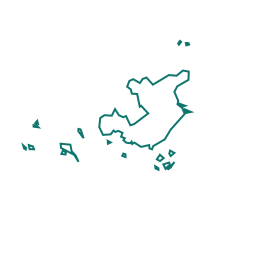 the district of Basilan, Basilan, Philippines, rotated 326°
{"feature_id": "2640588B29921835743372", "entity_name": "Basilan", "entity_type": "district", "adm_level": 2, "iso_a3": "PHL", "parent_name": "Philippines", "parent_adm1": "Basilan", "projection": "orthographic", "projection_center": [121.96, 6.593], "detail": "medium", "context": "isolated", "style": "outline", "palette": "teal", "viewbox_px": 256, "rotation_deg": 326, "n_neighbors": 0, "source": "geoboundaries", "source_scale": "gbopen_adm2", "svg_char_len": 1898}
<svg xmlns="http://www.w3.org/2000/svg" viewBox="0 0 256 256"><g transform="rotate(326 128 128)"><path d="M127.8,105.1L121.4,108.7L115.6,104.2L110.6,104.2L104.7,111.1L103.4,119.7L110.1,123.6L114.6,122.0L115.3,124.2L118.3,124.9L120.7,128.9L117.4,131.4L119.6,134.7L117.4,135.5L118.3,139.1L121.4,141.9L123.3,141.3L122.6,143.6L125.1,143.6L128.3,151.0L136.0,154.0L134.4,156.9L136.0,159.1L138.7,157.1L152.1,158.0L162.5,153.2L182.9,148.0L184.2,141.6L182.3,136.0L184.8,133.7L186.7,123.9L192.2,121.0L205.1,121.9L209.9,115.2L205.7,111.1L197.5,111.8L191.5,107.0L172.9,106.0L171.5,96.5L167.5,95.5L163.0,97.4L159.6,90.4L155.4,89.8L150.4,93.3L151.9,97.5L150.4,101.7L154.6,104.9L149.7,116.9L151.3,116.9L152.9,127.2L135.4,128.2L131.5,127.1L133.0,117.0L130.1,116.4L127.6,112.4L127.8,105.1ZM63.4,103.4L61.3,107.1L68.4,120.2L68.1,128.4L69.2,121.5L68.3,115.7L70.9,109.6L63.4,103.4ZM137.0,177.9L136.3,182.9L140.3,182.0L140.8,184.3L137.7,183.4L138.5,184.7L140.9,184.6L147.5,182.2L141.7,183.5L142.8,179.7L137.0,177.9ZM139.5,168.0L134.4,170.1L136.1,173.3L140.7,172.9L139.5,168.0ZM86.4,101.1L85.0,103.0L85.5,111.6L87.9,102.7L86.4,101.1ZM36.2,86.7L34.6,90.5L38.2,93.1L38.9,90.2L36.2,86.7ZM61.9,109.9L58.3,112.3L61.4,115.0L62.7,113.7L61.9,109.9ZM150.3,170.3L147.9,172.3L147.7,175.1L152.5,174.6L150.3,170.3ZM109.8,146.6L107.7,147.9L109.7,150.7L111.2,148.4L109.8,146.6ZM185.6,144.4L184.8,146.2L186.0,147.4L184.2,147.3L183.8,147.7L189.2,149.9L185.6,144.4ZM129.2,174.9L128.2,176.9L129.9,179.6L130.7,178.4L129.2,174.9ZM51.3,72.8L50.5,74.1L54.2,77.4L53.8,74.9L51.3,72.8ZM219.7,84.8L216.8,86.1L216.8,87.4L220.2,86.3L219.7,84.8ZM187.8,141.5L184.6,137.1L185.0,140.6L187.8,141.5ZM223.5,89.9L222.6,92.1L225.3,93.0L225.6,91.5L223.5,89.9ZM104.0,127.3L102.6,129.8L105.6,130.3L104.0,127.3ZM56.7,71.3L53.9,72.1L55.7,74.2L56.7,71.3ZM31.4,83.8L30.4,86.7L31.2,88.6L32.3,87.6L31.4,83.8Z" fill="none" stroke="#0f766e" stroke-width="2"/></g></svg>